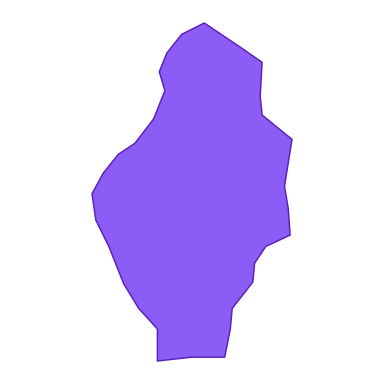 outline of Arediou, Nicosia, Cyprus
{"feature_id": "46923920B85214629039335", "entity_name": "Arediou", "entity_type": "district", "adm_level": 2, "iso_a3": "CYP", "parent_name": "Cyprus", "parent_adm1": "Nicosia", "projection": "orthographic", "projection_center": [33.205, 35.051], "detail": "fine", "context": "isolated", "style": "filled", "palette": "violet", "viewbox_px": 384, "rotation_deg": 0, "n_neighbors": 0, "source": "geoboundaries", "source_scale": "gbopen_adm2", "svg_char_len": 505}
<svg xmlns="http://www.w3.org/2000/svg" viewBox="0 0 384 384"><path d="M204.2,23.0L181.7,34.3L166.8,53.1L159.3,71.8L164.9,90.6L153.7,118.8L135.0,143.2L118.2,154.4L103.2,173.2L92.0,193.8L95.8,220.1L108.8,246.4L123.8,284.0L138.7,308.4L157.4,329.0L157.4,361.0L191.1,357.2L224.7,357.2L230.3,329.0L232.2,308.4L252.8,282.1L254.6,263.3L265.8,246.4L290.1,235.1L288.3,208.9L284.5,186.3L292.0,139.4L262.1,115.0L260.2,96.2L262.1,62.4L243.4,49.3L204.2,23.0Z" fill="#8b5cf6" stroke="#5b21b6" stroke-width="1.5"/></svg>